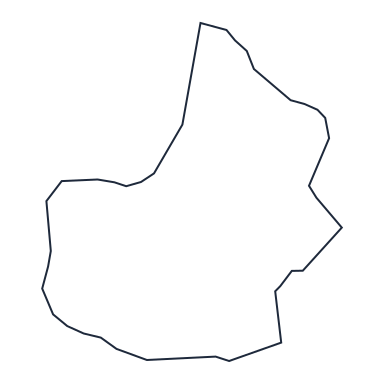 outline of Puconci
{"feature_id": "SVN-929", "entity_name": "Puconci", "entity_type": "Municipality", "adm_level": 1, "iso_a3": "SVN", "parent_name": "Slovenia", "parent_adm1": "", "projection": "natural_earth1", "projection_center": [16.132, 46.76], "detail": "fine", "context": "isolated", "style": "outline", "palette": "slate", "viewbox_px": 384, "rotation_deg": 0, "n_neighbors": 0, "source": "natural_earth", "source_scale": "10m", "svg_char_len": 569}
<svg xmlns="http://www.w3.org/2000/svg" viewBox="0 0 384 384"><path d="M126.2,186.2L141.0,182.0L154.0,173.4L182.4,124.6L200.5,23.0L226.5,30.0L235.0,40.4L246.8,51.0L253.9,69.0L290.6,100.2L304.5,104.0L317.5,109.8L325.2,117.9L329.1,138.2L309.0,185.8L316.4,197.7L341.8,227.6L302.8,270.7L291.8,270.9L280.3,286.1L275.2,291.3L281.2,342.6L229.1,361.0L215.6,356.6L146.9,360.0L116.5,348.9L100.8,337.6L83.7,333.5L67.3,326.1L53.1,314.4L42.2,288.6L48.1,266.5L50.8,251.0L46.4,201.1L61.7,181.1L97.6,179.5L114.4,182.3L126.2,186.2Z" fill="none" stroke="#1e293b" stroke-width="2"/></svg>